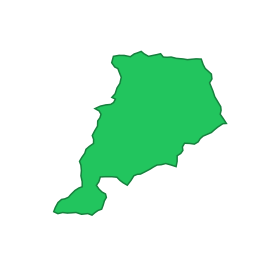 Alto Caparaó, Minas Gerais, Brazil (Albers equal-area conic projection), rotated 343°
{"feature_id": "56859067B94764678616767", "entity_name": "Alto Caparaó", "entity_type": "district", "adm_level": 2, "iso_a3": "BRA", "parent_name": "Brazil", "parent_adm1": "Minas Gerais", "projection": "albers", "projection_center": [-41.878, -20.458], "detail": "fine", "context": "isolated", "style": "filled", "palette": "green", "viewbox_px": 256, "rotation_deg": 343, "n_neighbors": 0, "source": "geoboundaries", "source_scale": "gbopen_adm2", "svg_char_len": 1647}
<svg xmlns="http://www.w3.org/2000/svg" viewBox="0 0 256 256"><g transform="rotate(343 128 128)"><path d="M177.4,66.3L173.3,65.9L168.6,65.5L165.1,61.8L163.0,58.6L159.4,58.9L155.6,59.0L151.1,60.5L145.6,57.5L140.6,55.9L135.0,55.2L131.5,60.8L133.1,65.7L135.7,68.2L136.0,72.6L136.4,77.5L133.3,83.0L129.2,86.5L125.7,91.5L121.5,94.0L124.4,96.7L121.7,99.4L118.4,100.4L113.5,99.4L108.0,99.0L102.1,99.8L105.4,103.2L106.2,106.9L104.3,109.9L101.1,112.4L99.4,117.3L95.3,121.0L91.6,124.8L91.8,128.8L90.5,132.7L85.6,134.3L81.6,136.1L79.3,139.5L75.3,142.6L71.9,145.7L72.1,149.7L71.0,155.1L69.0,160.0L68.5,166.0L67.0,170.8L63.5,171.0L59.1,172.2L53.9,174.9L50.9,176.8L46.9,177.3L43.5,176.9L39.3,178.8L35.4,182.6L32.5,186.3L35.9,189.4L40.8,189.7L45.1,191.6L49.2,192.6L53.6,193.6L58.3,196.9L64.6,198.1L68.1,200.8L71.8,199.2L75.3,198.1L79.1,197.9L81.6,194.6L84.1,190.8L87.0,188.1L87.2,184.5L84.4,181.6L82.4,178.0L81.0,173.6L84.4,170.9L87.2,166.7L92.3,168.0L98.4,169.9L103.0,171.8L105.0,175.7L107.3,178.9L110.6,182.5L115.5,179.0L119.6,175.4L123.2,175.0L126.5,175.7L131.2,174.9L137.0,173.8L140.6,172.8L144.9,171.9L149.1,172.8L153.7,173.0L158.3,175.9L162.7,179.0L165.2,174.3L166.9,168.9L171.1,167.7L173.9,165.5L174.5,162.0L177.6,159.1L182.5,160.8L186.8,162.8L191.0,161.8L193.9,159.3L197.4,157.7L206.4,156.7L210.3,154.9L214.0,153.4L220.0,151.6L223.4,152.4L221.9,147.1L220.2,141.8L222.2,138.3L222.9,134.7L220.1,123.4L220.0,117.5L219.2,108.7L222.6,105.6L223.5,100.8L219.2,93.6L218.4,89.3L218.2,83.5L213.4,81.8L209.6,81.0L204.8,80.0L200.7,78.0L194.5,75.5L190.1,72.8L186.0,71.8L182.5,70.5L180.9,66.5L177.4,66.3Z" fill="#22c55e" stroke="#15803d" stroke-width="1.5"/></g></svg>